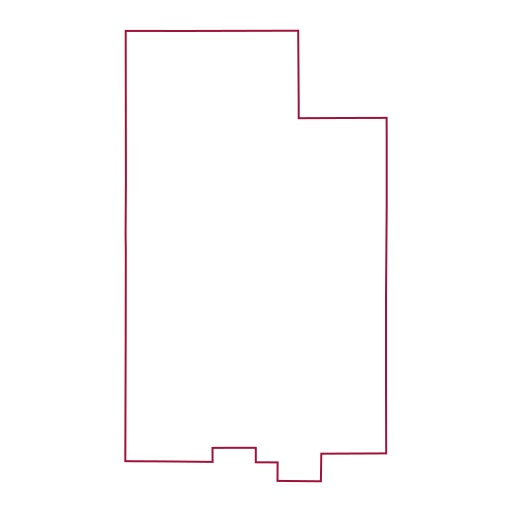 Lamar, Mississippi, United States of America
{"feature_id": "52423323B33166901073309", "entity_name": "Lamar", "entity_type": "district", "adm_level": 2, "iso_a3": "USA", "parent_name": "United States of America", "parent_adm1": "Mississippi", "projection": "albers", "projection_center": [-89.497, 31.208], "detail": "fine", "context": "isolated", "style": "outline", "palette": "rose", "viewbox_px": 512, "rotation_deg": 0, "n_neighbors": 0, "source": "geoboundaries", "source_scale": "gbopen_adm2", "svg_char_len": 472}
<svg xmlns="http://www.w3.org/2000/svg" viewBox="0 0 512 512"><path d="M125.3,461.2L162.9,461.4L212.6,461.9L212.5,447.9L229.0,447.8L255.8,447.8L255.8,462.3L277.6,462.4L277.5,480.9L320.9,481.3L321.3,453.7L386.2,453.4L386.0,381.4L386.0,297.8L386.7,205.1L386.7,139.4L386.6,117.8L382.6,117.9L343.1,118.0L298.7,118.2L298.7,103.4L298.2,30.7L183.1,31.0L125.7,30.9L125.9,181.2L125.6,234.5L125.8,252.0L125.7,336.2L125.3,461.2Z" fill="none" stroke="#9f1239" stroke-width="2"/></svg>